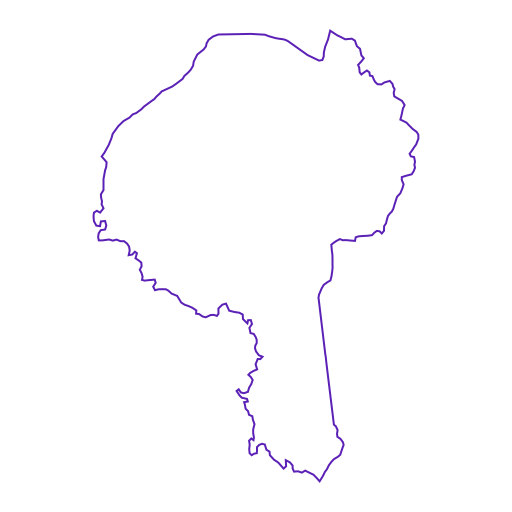 Xambioá, Tocantins, Brazil (Mercator projection)
{"feature_id": "56859067B21009603096166", "entity_name": "Xambioá", "entity_type": "district", "adm_level": 2, "iso_a3": "BRA", "parent_name": "Brazil", "parent_adm1": "Tocantins", "projection": "mercator", "projection_center": [-48.449, -6.599], "detail": "fine", "context": "isolated", "style": "outline", "palette": "violet", "viewbox_px": 512, "rotation_deg": 0, "n_neighbors": 0, "source": "geoboundaries", "source_scale": "gbopen_adm2", "svg_char_len": 4106}
<svg xmlns="http://www.w3.org/2000/svg" viewBox="0 0 512 512"><path d="M101.7,156.5L106.6,162.2L106.2,167.1L105.1,170.3L103.5,179.1L103.5,190.1L100.9,194.3L101.1,197.5L102.0,201.3L101.6,204.3L103.5,208.3L100.1,212.6L96.8,210.8L94.0,212.6L93.6,215.1L93.6,217.9L94.0,221.3L96.3,225.6L100.0,226.2L100.9,221.4L105.1,221.0L106.3,225.6L105.1,229.5L100.7,230.2L98.7,233.3L98.1,236.8L98.8,240.4L102.3,240.4L109.1,239.5L112.8,240.6L116.6,239.6L120.4,241.2L124.1,241.2L127.1,243.6L129.1,246.6L129.7,250.5L128.7,255.2L132.3,254.5L134.9,251.7L136.9,253.2L135.5,258.3L138.8,260.5L141.3,262.6L141.6,266.3L139.8,269.7L141.6,273.2L142.6,276.8L142.0,279.9L144.6,280.6L149.2,280.1L154.7,279.6L155.7,282.8L153.2,286.7L155.0,290.2L158.5,289.3L162.1,289.2L166.0,289.3L168.4,290.7L171.6,293.6L177.2,295.9L181.2,302.5L184.7,304.8L188.4,306.0L192.2,307.7L196.3,310.4L196.1,313.7L199.2,314.1L202.4,316.4L205.7,317.3L210.7,315.0L214.0,314.9L216.9,315.9L218.5,313.7L218.4,308.5L222.3,304.7L226.0,303.6L229.2,310.7L234.5,312.0L239.2,312.7L242.7,314.5L243.0,319.1L247.4,323.4L248.1,320.2L250.8,320.1L252.0,324.0L249.4,327.8L250.5,333.1L253.7,333.9L255.6,336.9L256.7,339.8L256.7,343.1L255.3,345.6L255.0,348.2L256.0,351.4L258.9,355.3L262.5,356.7L260.3,359.1L257.7,359.0L255.6,364.3L256.4,366.9L257.1,369.4L253.2,371.1L250.2,372.9L248.4,374.8L250.8,377.0L252.7,380.0L251.3,384.0L249.1,387.7L247.9,391.9L243.8,393.2L240.8,392.4L238.7,389.3L236.6,391.0L239.6,395.5L241.8,397.7L247.0,398.9L247.8,401.5L244.1,402.2L244.9,404.6L245.6,408.7L248.1,411.2L249.0,414.8L252.3,416.2L252.9,419.7L254.5,424.2L253.2,429.3L253.2,433.2L253.9,437.4L253.5,440.1L251.3,438.5L249.1,440.7L249.7,444.8L249.2,449.0L249.6,453.2L251.7,455.2L254.1,453.7L256.8,453.2L257.0,450.4L257.0,447.1L259.2,444.9L262.0,443.8L264.8,444.5L266.4,449.7L269.5,451.6L269.9,455.2L274.2,459.9L276.5,461.3L278.6,462.9L283.6,468.6L286.1,466.3L285.8,460.2L289.8,462.3L292.6,465.5L292.6,468.3L294.0,471.6L298.0,471.3L301.9,472.6L305.2,470.6L307.7,471.9L313.5,474.7L316.9,478.2L319.6,481.3L322.3,477.0L323.6,474.7L324.9,471.9L326.9,469.3L328.9,465.2L331.6,461.6L334.0,459.1L338.0,456.7L340.2,454.8L341.0,452.4L342.6,447.6L343.6,445.0L343.0,442.3L340.4,438.8L337.4,436.8L337.0,433.8L337.6,430.1L335.9,426.4L333.9,424.6L327.8,374.6L326.2,361.3L325.8,357.2L325.3,354.3L318.5,297.6L319.0,294.7L321.7,288.3L323.8,284.8L327.7,282.0L330.4,280.5L331.5,276.3L332.2,271.3L332.6,267.6L332.5,264.3L332.5,258.4L332.4,254.6L331.9,251.0L331.3,244.7L333.8,242.7L336.3,241.0L339.9,239.1L342.7,240.2L346.0,240.1L351.3,240.6L355.0,240.9L355.7,237.3L358.3,236.4L362.4,236.0L367.2,235.8L372.0,235.2L374.2,232.8L376.8,230.9L379.6,231.3L381.8,233.5L384.0,230.8L384.1,226.2L386.0,223.4L386.9,219.6L388.0,215.9L389.9,213.4L391.8,211.6L393.3,208.8L394.6,204.3L396.1,199.6L397.1,196.7L400.3,193.3L402.4,188.4L403.6,184.3L401.8,180.0L401.8,177.1L406.3,175.7L411.7,174.3L413.6,171.3L415.0,167.8L414.4,164.8L415.0,161.6L414.1,157.1L410.8,156.3L409.6,153.8L412.2,150.2L414.1,147.3L416.2,144.4L417.3,141.5L418.4,138.6L418.3,134.5L416.6,131.9L412.6,128.9L408.7,125.0L406.6,122.7L403.3,121.0L400.4,119.6L401.7,114.4L402.9,108.7L404.6,105.0L402.0,100.9L394.3,96.4L393.7,92.9L394.6,89.0L393.2,86.8L392.5,83.9L389.8,80.9L384.3,82.5L381.5,84.4L377.5,84.2L375.2,82.0L373.9,79.7L372.4,76.1L369.9,75.6L369.4,72.4L366.9,70.5L363.7,72.7L361.4,74.5L359.7,72.3L359.2,67.6L358.1,64.9L361.4,61.4L363.8,58.3L361.4,55.4L360.0,48.8L356.9,46.2L354.9,40.6L351.8,38.7L345.2,39.3L341.0,37.1L337.2,35.3L330.2,30.7L328.0,39.5L325.2,46.6L323.9,52.2L323.7,56.5L322.4,60.0L319.1,60.6L307.6,55.1L288.1,41.2L285.5,39.9L282.8,39.2L279.5,38.8L275.5,38.1L268.8,36.2L264.9,34.7L250.9,33.9L218.4,34.5L213.2,36.4L208.7,39.7L206.7,43.1L205.9,46.5L203.7,49.4L197.3,54.5L193.7,61.7L193.1,65.7L190.8,69.6L188.7,72.0L186.8,73.8L184.4,75.9L182.5,79.0L176.0,83.9L172.1,86.6L168.4,88.3L165.8,89.5L161.7,91.4L159.5,93.8L156.3,96.7L154.3,99.1L152.1,100.6L144.2,106.4L141.3,109.3L136.3,113.0L132.7,114.4L129.5,117.6L123.6,121.0L118.4,126.0L112.7,133.8L111.5,138.1L108.7,145.0L106.9,148.2L104.5,152.6L101.7,156.5Z" fill="none" stroke="#5b21b6" stroke-width="2"/></svg>